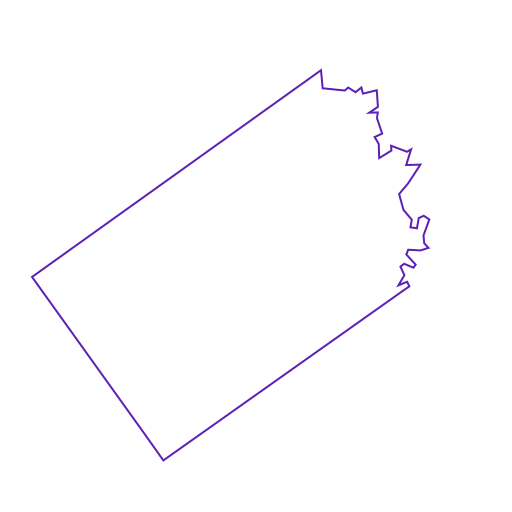 outline of Coleman, Texas, United States of America, rotated 234°
{"feature_id": "52423323B20578192164801", "entity_name": "Coleman", "entity_type": "district", "adm_level": 2, "iso_a3": "USA", "parent_name": "United States of America", "parent_adm1": "Texas", "projection": "equal_earth", "projection_center": [-99.516, 31.746], "detail": "fine", "context": "isolated", "style": "outline", "palette": "violet", "viewbox_px": 512, "rotation_deg": 234, "n_neighbors": 0, "source": "geoboundaries", "source_scale": "gbopen_adm2", "svg_char_len": 763}
<svg xmlns="http://www.w3.org/2000/svg" viewBox="0 0 512 512"><g transform="rotate(234 256 256)"><path d="M193.8,403.4L206.6,402.4L222.0,408.2L225.3,421.6L233.3,442.7L241.3,431.0L251.1,444.1L251.6,439.4L265.8,430.1L261.7,427.5L262.8,413.2L274.6,421.2L282.5,421.9L280.9,430.0L296.4,434.9L300.6,438.9L305.4,431.8L305.0,442.3L319.1,451.1L324.5,438.0L330.4,440.3L330.0,432.8L338.1,429.6L337.7,425.1L352.5,408.5L368.1,417.8L370.7,62.5L181.0,61.3L145.1,60.9L141.5,354.1L141.3,362.2L146.3,363.1L148.5,354.0L153.3,364.8L162.5,366.6L162.6,371.3L154.0,376.5L155.2,380.1L168.9,378.5L171.6,382.8L163.8,392.4L161.2,400.3L167.5,399.6L174.2,403.6L183.7,417.7L189.9,415.4L191.0,409.9L183.8,402.5L188.4,397.8L193.8,403.4Z" fill="none" stroke="#5b21b6" stroke-width="2"/></g></svg>